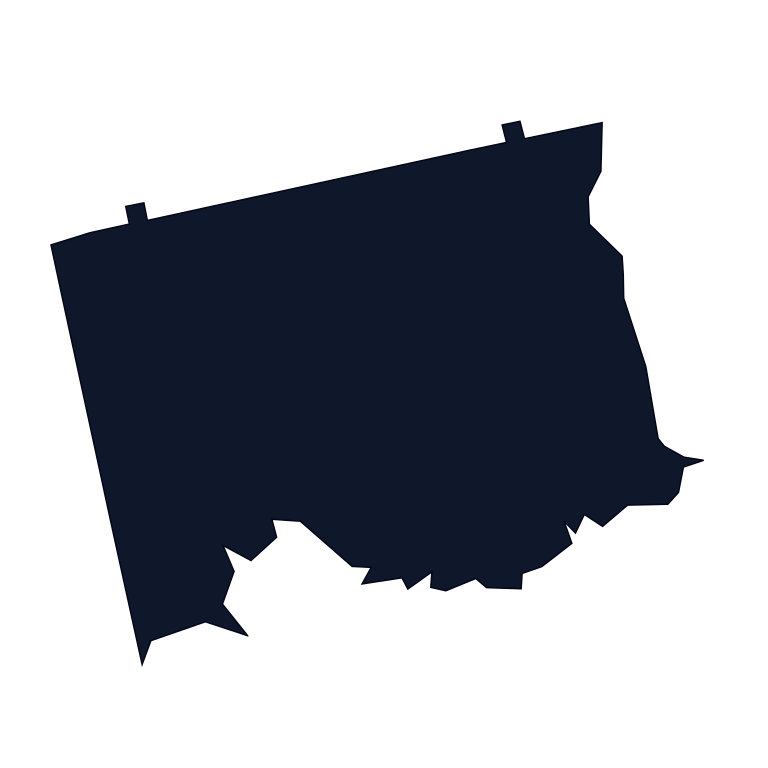 Elmore, Alabama, United States of America, rotated 348°
{"feature_id": "52423323B53549191673570", "entity_name": "Elmore", "entity_type": "district", "adm_level": 2, "iso_a3": "USA", "parent_name": "United States of America", "parent_adm1": "Alabama", "projection": "robinson", "projection_center": [-86.109, 32.588], "detail": "fine", "context": "isolated", "style": "filled", "palette": "ink", "viewbox_px": 768, "rotation_deg": 348, "n_neighbors": 0, "source": "geoboundaries", "source_scale": "gbopen_adm2", "svg_char_len": 910}
<svg xmlns="http://www.w3.org/2000/svg" viewBox="0 0 768 768"><g transform="rotate(348 384 384)"><path d="M517.0,173.1L186.5,174.8L186.8,156.9L168.3,156.6L168.2,174.6L127.8,174.9L87.2,178.7L87.3,233.1L87.9,394.5L88.1,458.3L89.1,608.0L102.6,586.6L159.8,579.4L198.2,601.8L198.2,601.7L180.2,565.7L198.4,536.1L192.9,508.4L217.2,529.0L247.1,511.5L246.2,493.0L273.6,500.8L314.9,555.8L333.4,560.7L321.0,575.0L361.3,577.3L364.7,589.5L391.8,577.7L387.5,592.6L401.5,599.1L433.3,593.3L442.0,604.5L475.6,612.8L479.7,598.0L500.4,595.4L534.6,578.9L531.6,555.6L540.3,569.6L552.8,553.2L568.2,568.7L597.0,553.1L636.6,560.6L649.5,551.3L659.6,527.5L680.8,525.1L662.1,517.9L645.3,503.3L640.8,494.4L643.7,421.4L636.3,349.9L640.8,326.7L643.5,308.5L618.1,270.4L622.6,243.3L640.4,221.0L651.7,173.7L635.3,173.6L572.4,173.3L571.6,155.3L553.4,155.2L554.1,173.2L517.0,173.1Z" fill="#0f172a" stroke="#020617" stroke-width="1.5"/></g></svg>